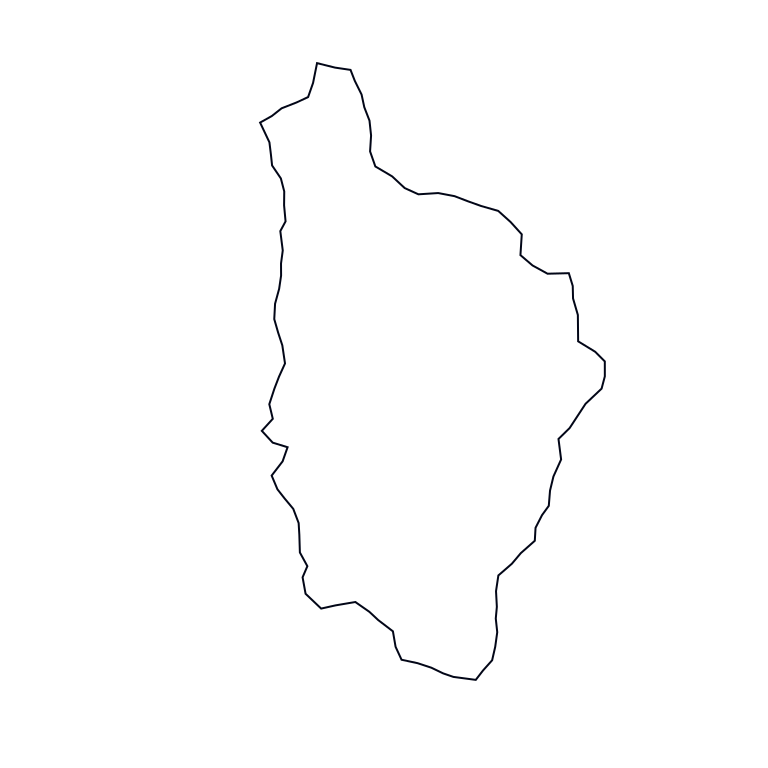 the district of Cuité de Mamanguape, Paraíba, Brazil, rotated 223°
{"feature_id": "56859067B92681913513014", "entity_name": "Cuité de Mamanguape", "entity_type": "district", "adm_level": 2, "iso_a3": "BRA", "parent_name": "Brazil", "parent_adm1": "Paraíba", "projection": "albers", "projection_center": [-35.248, -6.901], "detail": "fine", "context": "isolated", "style": "outline", "palette": "ink", "viewbox_px": 768, "rotation_deg": 223, "n_neighbors": 0, "source": "geoboundaries", "source_scale": "gbopen_adm2", "svg_char_len": 1462}
<svg xmlns="http://www.w3.org/2000/svg" viewBox="0 0 768 768"><g transform="rotate(223 384 384)"><path d="M324.4,591.1L339.6,576.2L356.2,572.0L372.1,571.3L385.3,587.4L401.9,588.8L418.5,588.5L434.4,580.4L447.4,574.8L460.5,569.5L474.6,560.6L488.2,546.2L502.5,541.4L519.6,541.4L538.7,537.2L552.8,544.6L562.9,556.9L574.2,566.7L587.2,573.0L597.8,580.4L612.1,585.8L622.7,590.9L635.6,582.0L651.8,573.0L641.2,555.8L635.2,542.1L640.0,530.2L646.9,515.8L648.8,503.5L652.9,490.7L632.6,482.6L623.2,474.7L614.9,467.5L599.6,464.0L588.3,456.8L578.9,446.5L566.9,435.8L564.1,425.1L549.1,412.6L541.5,401.9L533.2,393.1L525.6,382.1L518.4,368.4L508.5,356.6L496.5,349.4L484.7,342.9L470.4,331.5L465.8,317.8L461.0,305.9L454.1,291.0L441.6,282.7L441.4,266.4L425.4,265.2L411.4,272.0L405.4,258.3L403.7,240.4L390.1,234.3L378.6,232.5L365.2,230.8L351.6,224.1L343.1,216.0L330.6,203.4L315.8,198.5L311.7,187.1L298.3,177.1L276.8,176.9L268.5,189.0L256.3,205.0L239.4,207.4L227.2,207.4L208.8,209.2L196.3,199.7L183.1,194.3L169.1,202.7L155.9,208.8L143.4,212.7L133.5,217.1L115.1,230.2L116.2,242.0L116.5,255.7L123.4,267.6L131.9,279.7L142.3,288.7L149.5,298.0L160.8,308.9L169.8,322.0L167.9,339.8L168.6,353.6L166.8,372.2L175.1,382.2L179.0,395.9L180.4,407.3L189.9,419.3L197.0,431.9L203.0,449.6L218.9,462.8L218.2,478.4L220.1,489.5L223.1,507.0L221.7,529.0L227.7,540.2L237.9,551.1L251.5,551.6L271.1,547.6L289.3,566.7L304.1,575.5L312.8,584.4L324.4,591.1Z" fill="none" stroke="#020617" stroke-width="2"/></g></svg>